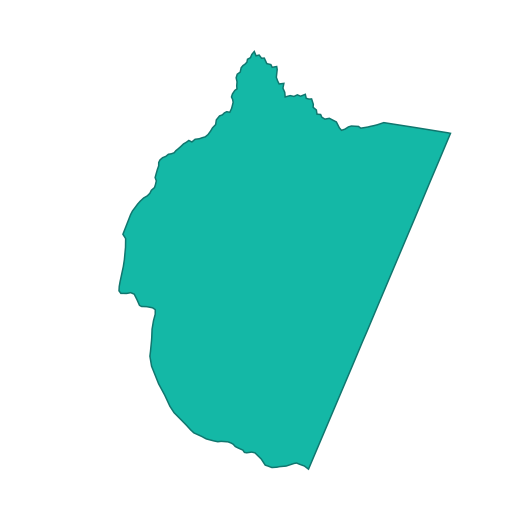 outline of Exu, Pernambuco, Brazil, rotated 203°
{"feature_id": "56859067B93909789229404", "entity_name": "Exu", "entity_type": "district", "adm_level": 2, "iso_a3": "BRA", "parent_name": "Brazil", "parent_adm1": "Pernambuco", "projection": "equal_earth", "projection_center": [-39.683, -7.516], "detail": "fine", "context": "isolated", "style": "filled", "palette": "teal", "viewbox_px": 512, "rotation_deg": 203, "n_neighbors": 0, "source": "geoboundaries", "source_scale": "gbopen_adm2", "svg_char_len": 2368}
<svg xmlns="http://www.w3.org/2000/svg" viewBox="0 0 512 512"><g transform="rotate(203 256 256)"><path d="M124.4,80.3L124.4,162.1L124.4,192.7L124.5,218.9L124.4,229.4L124.5,257.6L124.6,337.9L124.6,351.7L124.8,392.9L124.8,406.7L124.8,416.0L124.9,444.9L127.4,444.4L160.3,436.3L190.5,428.7L195.6,424.2L198.5,422.0L201.1,420.2L203.3,418.5L209.5,414.6L212.3,415.3L219.0,412.9L221.4,410.9L223.7,407.5L226.4,405.1L229.3,406.5L234.4,410.8L242.3,411.4L246.1,408.9L249.7,409.5L251.8,411.5L255.3,410.4L257.5,414.0L261.5,415.2L262.5,418.0L266.2,422.3L268.6,421.1L271.4,420.8L273.8,424.1L277.4,420.5L280.9,420.5L283.4,417.7L287.2,417.0L291.3,413.8L293.5,417.9L296.8,421.0L297.8,425.8L301.9,423.4L304.4,425.5L307.1,428.4L309.4,436.0L311.0,438.5L314.8,436.0L317.1,438.0L321.2,437.3L325.7,441.4L328.2,440.2L331.6,442.2L334.2,440.3L337.5,443.6L338.6,439.9L338.6,436.4L340.7,433.8L340.1,430.9L341.0,428.4L342.4,426.2L343.2,423.5L342.4,419.1L344.3,416.0L343.9,412.3L341.5,408.9L340.2,405.0L338.8,402.4L340.2,400.1L341.0,396.0L340.7,392.8L338.8,391.1L337.1,388.6L336.6,385.6L336.1,382.1L336.3,378.0L339.3,377.4L341.0,375.4L342.1,372.8L344.3,370.7L345.7,365.8L344.5,361.2L346.1,357.0L346.6,353.3L347.6,349.0L349.3,345.8L351.8,343.8L354.0,341.8L357.7,339.6L359.6,335.9L363.0,336.1L364.6,333.4L366.5,330.9L368.0,327.4L369.6,324.1L370.9,321.7L371.7,319.0L373.9,317.0L376.4,315.4L377.9,312.5L380.4,310.0L381.9,307.0L382.1,304.1L380.8,300.9L380.6,297.3L380.0,292.5L379.5,288.8L377.1,286.2L376.4,282.1L376.2,279.3L378.0,275.6L378.2,272.2L379.6,268.8L382.1,265.5L383.9,261.5L385.2,257.7L386.1,253.9L387.3,249.1L387.6,245.2L387.0,224.0L382.8,221.1L379.5,213.0L375.7,201.1L374.0,194.4L373.1,189.7L371.0,178.9L370.0,174.6L368.5,170.4L365.8,168.8L360.4,171.0L357.0,173.3L353.2,173.3L348.5,169.3L344.0,165.1L341.7,164.8L336.7,166.7L331.0,167.9L327.8,167.3L326.0,163.0L325.1,156.5L323.1,148.1L320.1,140.2L319.2,137.6L315.8,126.8L314.5,122.3L309.1,113.8L295.7,100.3L285.7,92.3L276.5,84.0L270.1,79.7L263.2,76.9L254.3,73.2L248.2,70.4L244.1,68.9L235.7,68.7L230.3,68.2L222.7,69.3L218.6,70.1L215.6,71.8L209.1,74.0L205.5,74.1L203.4,73.8L200.6,72.5L197.5,72.3L192.3,72.2L189.9,70.7L187.7,71.2L183.4,73.8L180.1,74.4L171.9,71.2L165.8,67.1L163.4,67.3L158.7,67.5L154.2,69.8L152.2,71.2L146.2,74.4L139.8,80.0L137.7,81.3L135.1,81.3L129.4,81.6L124.4,80.3Z" fill="#14b8a6" stroke="#0f766e" stroke-width="1.5"/></g></svg>